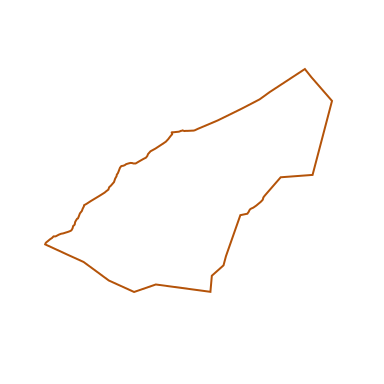 the district of Tu'rgen, Uvs, Mongolia, rotated 350°
{"feature_id": "93677404B55143611741372", "entity_name": "Tu'rgen", "entity_type": "district", "adm_level": 2, "iso_a3": "MNG", "parent_name": "Mongolia", "parent_adm1": "Uvs", "projection": "mercator", "projection_center": [91.364, 50.028], "detail": "fine", "context": "isolated", "style": "outline", "palette": "amber", "viewbox_px": 384, "rotation_deg": 350, "n_neighbors": 0, "source": "geoboundaries", "source_scale": "gbopen_adm2", "svg_char_len": 1830}
<svg xmlns="http://www.w3.org/2000/svg" viewBox="0 0 384 384"><g transform="rotate(350 192 192)"><path d="M192.8,293.5L197.0,277.9L210.3,269.7L214.3,261.1L235.6,223.2L242.8,223.0L243.5,222.2L243.9,221.8L244.5,221.3L245.1,220.3L245.7,219.6L246.6,218.9L247.8,218.5L249.2,218.2L250.2,217.8L251.5,217.2L253.0,216.5L254.9,215.4L257.9,213.7L259.3,212.7L260.2,212.0L260.7,211.2L261.3,209.8L262.8,208.4L264.5,207.0L281.9,192.9L313.7,196.1L345.7,126.6L329.4,99.5L324.5,90.5L285.8,107.1L274.7,112.5L255.6,118.5L229.7,126.0L208.8,130.8L205.5,131.7L204.3,131.8L200.4,131.3L197.9,131.0L196.4,130.7L195.4,130.7L194.6,130.4L193.4,129.7L192.7,129.9L191.5,129.9L190.8,130.1L189.8,130.3L188.7,130.3L187.8,130.2L186.5,130.1L184.7,130.0L183.8,129.9L183.3,129.8L182.9,129.7L182.6,129.7L182.4,129.8L182.3,130.1L182.4,130.3L182.6,130.4L182.7,130.7L182.6,131.0L182.4,131.5L182.4,131.8L181.4,132.5L179.4,134.3L177.8,135.8L175.0,137.9L172.8,138.9L167.0,141.4L163.5,142.9L158.2,144.7L155.3,147.0L154.2,148.8L152.6,150.2L149.9,151.0L144.9,152.8L141.5,154.1L139.2,153.7L137.9,153.0L136.4,152.7L134.8,152.8L132.1,153.1L130.4,153.9L128.9,154.2L126.9,154.2L125.3,155.6L123.4,158.8L122.2,160.7L121.0,161.8L120.4,163.4L118.7,165.4L116.9,168.7L114.8,170.4L113.2,171.7L111.3,172.9L110.6,174.1L110.1,175.1L107.4,176.5L105.9,177.4L100.0,179.8L90.9,183.3L86.2,185.3L83.4,186.3L83.1,187.3L81.5,189.4L80.2,191.6L77.9,193.6L76.2,196.5L75.1,198.2L74.2,198.4L72.8,199.9L71.7,201.3L70.8,203.7L70.1,204.3L69.2,204.7L68.5,206.0L68.2,206.8L67.1,208.3L66.0,209.1L64.3,209.5L62.6,209.8L60.8,210.0L60.1,210.1L57.9,210.4L55.8,210.4L53.4,210.9L51.3,211.6L50.0,212.0L47.9,211.7L46.1,213.0L44.0,213.9L41.4,215.4L39.9,216.2L38.9,217.0L38.3,218.1L58.5,232.1L73.1,242.1L94.7,264.7L117.6,280.4L120.1,280.0L140.3,276.8L192.8,293.5Z" fill="none" stroke="#b45309" stroke-width="2"/></g></svg>